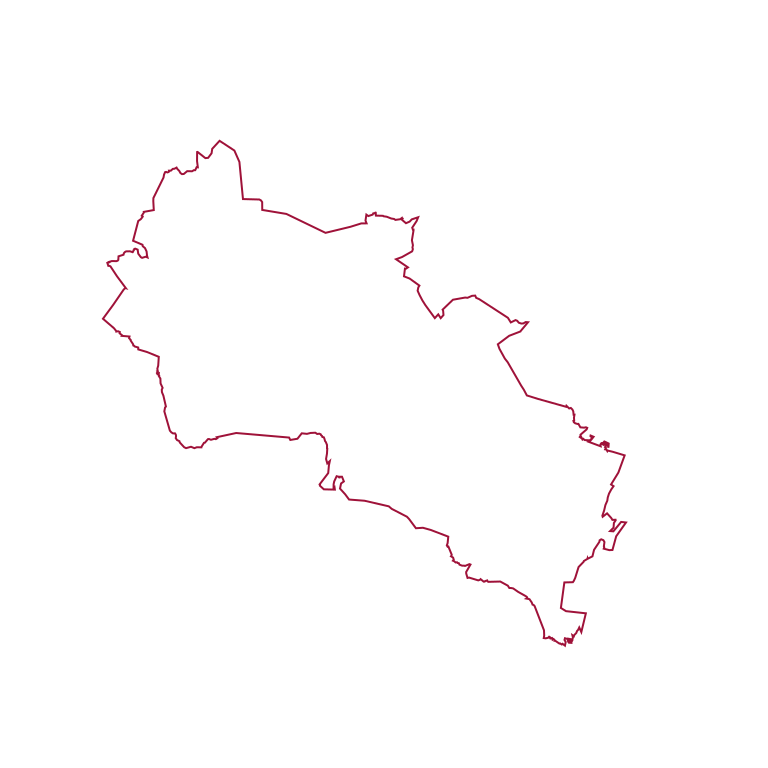 outline of Comonfort, Guanajuato, Mexico, rotated 212°
{"feature_id": "50627088B51678062677141", "entity_name": "Comonfort", "entity_type": "district", "adm_level": 2, "iso_a3": "MEX", "parent_name": "Mexico", "parent_adm1": "Guanajuato", "projection": "orthographic", "projection_center": [-100.8, 20.737], "detail": "fine", "context": "isolated", "style": "outline", "palette": "rose", "viewbox_px": 768, "rotation_deg": 212, "n_neighbors": 0, "source": "geoboundaries", "source_scale": "gbopen_adm2", "svg_char_len": 6138}
<svg xmlns="http://www.w3.org/2000/svg" viewBox="0 0 768 768"><g transform="rotate(212 384 384)"><path d="M678.1,419.5L676.6,416.9L671.4,409.5L678.8,402.8L678.5,402.6L678.6,398.3L677.4,398.2L677.3,397.6L677.6,394.9L678.8,392.0L672.7,372.5L662.6,374.1L661.6,373.0L658.7,372.6L655.6,370.6L653.0,367.3L651.6,366.0L653.5,365.7L656.0,362.8L657.4,362.7L661.5,364.3L664.1,367.4L666.6,367.0L667.3,366.3L667.0,365.3L667.3,364.8L666.9,363.3L667.0,362.6L669.8,361.9L673.0,359.8L673.7,358.5L673.9,357.0L673.4,355.6L676.8,351.6L675.1,348.5L675.2,347.5L676.0,346.4L679.9,344.1L682.0,341.7L681.6,341.5L682.8,340.1L680.4,338.1L679.4,338.7L678.3,338.8L667.6,333.9L653.8,328.5L654.2,328.4L654.8,326.2L655.6,307.7L656.9,290.4L642.5,288.2L639.1,287.0L638.8,286.6L637.5,287.8L635.6,288.1L635.1,286.9L631.8,286.5L631.8,285.9L625.0,289.4L624.5,287.8L622.1,287.1L621.9,286.6L617.9,284.8L617.0,283.8L616.2,284.0L615.3,283.7L611.8,284.7L610.7,283.1L602.1,285.5L589.4,287.7L585.2,279.9L584.3,276.8L582.7,275.1L583.0,274.7L582.3,274.4L582.4,272.9L581.5,272.4L580.6,273.7L579.9,272.3L579.2,272.0L579.3,271.5L576.5,270.1L573.8,266.1L569.7,263.4L569.5,261.5L568.0,259.4L564.9,257.2L557.0,249.3L557.2,248.0L555.8,244.4L540.9,231.0L538.7,230.3L536.7,230.3L535.1,231.4L533.7,230.7L532.8,229.7L531.9,227.7L529.8,226.8L527.2,227.1L526.2,226.2L520.0,224.5L517.9,224.7L514.4,228.5L510.8,229.1L509.2,231.2L505.3,233.5L505.5,233.9L505.5,238.7L504.8,239.3L504.1,243.9L503.3,244.6L501.2,245.0L498.8,247.6L497.4,248.1L496.6,249.7L497.7,250.2L483.4,264.1L436.1,288.3L433.8,286.9L428.4,291.7L427.6,298.6L422.9,300.9L420.3,303.6L416.4,306.3L414.2,306.2L412.5,307.6L411.0,307.8L410.2,307.2L409.0,307.1L408.2,306.4L406.8,306.9L405.5,306.0L403.8,304.4L402.5,303.9L400.0,302.1L398.2,299.2L397.9,299.2L395.5,294.8L393.4,289.7L390.0,286.6L389.1,289.9L387.6,285.8L384.1,278.9L385.4,264.8L384.9,264.7L384.5,263.8L379.2,262.8L369.7,268.4L371.4,270.4L371.8,269.3L373.6,272.3L374.6,275.0L375.3,280.7L373.5,281.3L372.5,281.0L372.2,281.2L372.6,281.8L370.5,283.1L366.4,280.1L367.7,276.9L365.9,272.0L358.5,269.9L352.4,267.5L338.6,274.7L315.1,282.8L311.3,282.2L294.2,283.6L291.2,282.8L280.5,278.6L274.8,282.7L267.0,285.0L248.6,288.6L245.7,282.7L245.2,280.4L243.8,279.7L243.3,280.3L236.1,275.1L235.8,274.2L235.9,273.4L233.4,273.4L231.8,272.0L231.9,270.7L230.7,270.9L228.7,270.6L227.6,271.5L226.7,271.2L225.6,271.7L224.3,270.8L221.6,271.3L219.6,272.5L218.9,272.6L216.1,276.5L215.0,276.7L214.7,268.1L213.8,266.8L210.4,263.8L209.3,264.9L200.0,267.4L198.8,268.9L198.7,269.7L194.7,269.2L193.9,269.8L193.9,270.3L192.4,272.1L191.6,271.5L190.7,271.5L180.7,278.1L172.1,278.6L169.6,277.4L168.2,278.3L166.1,279.1L160.1,278.8L151.1,279.2L149.9,279.1L149.0,278.5L149.5,277.5L146.6,278.6L142.9,277.0L141.1,275.6L140.1,275.9L138.6,275.5L117.8,259.9L114.8,255.5L113.9,253.2L112.1,254.0L110.3,255.8L110.1,256.9L109.0,256.6L109.1,257.2L108.2,257.1L107.8,256.6L106.9,257.6L105.6,256.5L105.1,257.6L103.5,257.2L103.3,256.6L102.5,257.0L97.7,256.8L97.3,257.3L95.2,257.3L94.9,258.3L91.9,258.0L93.2,261.5L95.3,262.6L95.8,264.3L93.2,265.0L91.3,263.1L90.1,262.6L87.9,263.8L88.3,264.3L88.4,265.7L91.6,264.1L92.5,264.8L92.9,265.6L88.8,267.2L89.5,269.2L91.1,270.8L89.3,270.7L89.6,271.9L89.0,274.7L89.4,276.8L89.1,278.5L89.4,281.0L85.2,278.2L91.3,296.5L109.3,287.8L115.3,287.8L125.9,311.3L118.8,316.0L118.7,317.6L119.1,320.9L122.0,331.9L120.5,339.0L120.7,339.8L118.8,343.5L119.0,344.1L118.6,343.8L115.9,348.3L118.0,354.7L117.7,364.3L118.3,365.7L117.5,367.4L115.2,367.8L113.3,366.8L111.5,362.8L110.7,362.3L110.4,360.8L104.9,362.5L102.3,364.3L106.4,377.9L105.4,394.8L109.8,392.7L111.4,380.6L114.3,379.1L113.2,383.8L115.4,388.0L115.3,391.2L115.7,391.6L118.3,389.8L120.3,390.8L126.3,392.5L128.2,387.3L129.0,388.0L130.3,393.4L132.1,398.7L132.8,403.4L134.1,406.3L135.1,410.3L135.4,415.0L135.2,419.0L138.2,419.1L138.3,433.1L142.1,451.0L154.2,447.7L159.0,446.1L159.0,445.4L160.6,446.3L161.8,445.8L162.0,447.4L163.1,447.6L162.9,449.1L163.7,451.5L162.6,451.4L159.9,448.9L161.9,452.6L165.3,452.2L164.8,449.9L165.2,448.8L166.8,448.7L167.0,449.2L166.4,449.9L166.0,452.1L166.7,452.0L166.9,450.3L168.2,449.2L168.4,448.5L168.4,447.4L167.2,446.0L179.9,443.4L179.2,444.5L178.7,446.7L178.3,450.3L181.5,449.8L181.3,449.2L179.0,448.7L178.9,447.8L179.6,445.3L184.1,442.8L186.0,443.1L186.3,442.1L187.9,443.1L187.8,442.7L189.9,442.8L189.8,444.1L190.5,445.1L188.1,452.9L188.4,454.5L189.8,454.3L191.2,453.0L194.5,451.3L198.0,453.2L198.6,452.7L201.0,452.0L202.8,452.2L203.8,453.1L203.3,453.7L205.1,456.2L206.2,458.9L206.9,458.4L209.0,461.1L210.7,462.2L212.9,462.7L214.0,461.4L217.7,462.2L217.4,461.2L245.3,453.0L256.8,450.0L262.3,453.2L266.8,455.3L290.6,468.0L295.0,469.6L304.7,475.0L308.5,478.0L303.4,491.2L295.8,501.3L296.2,501.1L294.6,512.7L296.7,511.6L298.0,509.1L299.7,508.0L302.2,507.4L304.5,508.2L306.3,507.9L309.1,503.4L314.0,505.8L348.3,506.4L351.5,505.9L353.5,507.3L356.1,505.4L358.8,501.4L361.0,500.3L370.2,492.0L373.7,478.1L372.7,477.5L370.1,474.0L370.8,469.9L374.9,471.8L375.8,466.8L390.7,472.8L395.7,475.2L401.0,478.3L404.9,480.9L406.1,484.1L406.1,486.2L418.2,487.0L424.1,485.9L427.4,493.0L426.5,493.4L425.5,495.6L439.9,496.2L436.0,501.2L430.5,511.3L430.5,511.8L431.0,513.7L432.2,514.8L433.0,517.0L436.5,520.7L440.4,530.0L440.6,530.3L440.9,529.9L442.9,531.5L442.7,539.5L443.4,543.5L447.7,538.3L448.3,535.3L450.6,532.0L455.8,532.8L455.9,534.1L456.3,534.0L456.8,534.4L457.6,532.3L461.3,529.2L462.9,529.3L465.5,528.2L470.3,527.3L473.3,526.0L474.0,526.1L480.1,522.5L481.8,524.9L482.1,524.8L482.7,523.5L483.5,523.1L483.4,521.6L486.3,518.1L488.7,518.3L486.3,512.8L483.9,511.0L488.4,508.1L495.8,499.5L513.7,481.2L556.9,476.5L579.5,467.1L583.7,473.7L585.6,474.5L587.5,474.4L601.6,466.1L624.3,495.7L634.6,502.7L652.3,503.1L654.3,492.4L652.5,488.3L653.0,482.6L655.2,480.9L665.1,482.0L665.4,481.7L660.7,474.0L656.7,469.1L657.8,468.6L657.4,465.3L658.6,464.5L659.5,462.7L663.7,460.2L665.1,456.0L666.6,454.9L668.6,455.1L670.5,456.2L673.4,456.9L674.6,457.6L675.8,455.5L677.1,454.5L677.8,452.0L679.4,451.0L678.9,450.5L679.0,449.6L679.9,448.6L681.2,448.4L681.9,447.7L681.5,445.0L680.4,442.3L678.1,419.5Z" fill="none" stroke="#9f1239" stroke-width="2"/></g></svg>